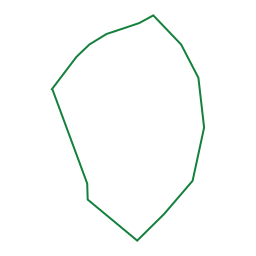 the Capital District of Asunción
{"feature_id": "PRY-4837", "entity_name": "Asunción", "entity_type": "Capital District", "adm_level": 1, "iso_a3": "PRY", "parent_name": "Paraguay", "parent_adm1": "", "projection": "robinson", "projection_center": [-57.605, -25.319], "detail": "fine", "context": "isolated", "style": "outline", "palette": "green", "viewbox_px": 256, "rotation_deg": 0, "n_neighbors": 0, "source": "natural_earth", "source_scale": "10m", "svg_char_len": 304}
<svg xmlns="http://www.w3.org/2000/svg" viewBox="0 0 256 256"><path d="M137.2,240.6L87.7,199.6L87.2,183.5L52.5,89.6L51.9,89.2L76.5,56.8L89.5,44.4L106.5,34.0L139.1,23.1L153.3,15.4L181.2,44.6L198.4,77.8L204.1,127.6L192.6,180.8L164.1,214.0L137.2,240.6Z" fill="none" stroke="#15803d" stroke-width="2"/></svg>